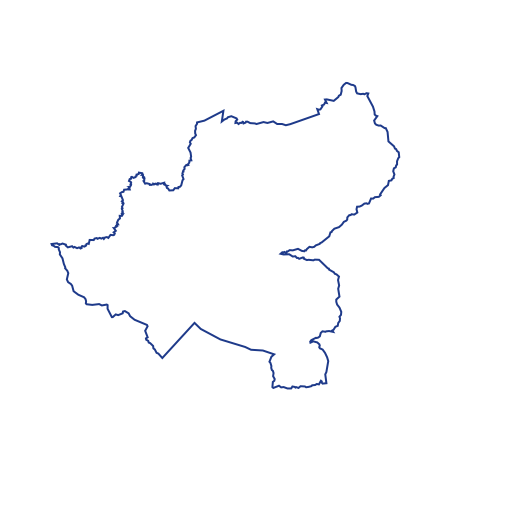 outline of Bibiani-anhwiaso-bekwai Municipal, Western, Ghana, rotated 61°
{"feature_id": "2480657B81329004729189", "entity_name": "Bibiani-anhwiaso-bekwai Municipal", "entity_type": "district", "adm_level": 2, "iso_a3": "GHA", "parent_name": "Ghana", "parent_adm1": "Western", "projection": "orthographic", "projection_center": [-2.296, 6.295], "detail": "fine", "context": "isolated", "style": "outline", "palette": "blue", "viewbox_px": 512, "rotation_deg": 61, "n_neighbors": 0, "source": "geoboundaries", "source_scale": "gbopen_adm2", "svg_char_len": 6082}
<svg xmlns="http://www.w3.org/2000/svg" viewBox="0 0 512 512"><g transform="rotate(61 256 256)"><path d="M276.0,392.6L277.9,391.4L279.7,391.8L280.9,390.8L284.8,389.6L287.1,390.5L288.7,389.8L292.5,389.9L294.0,388.7L299.8,387.4L284.7,342.2L293.0,339.7L311.7,327.6L330.3,309.6L335.6,305.8L342.0,295.8L350.8,287.8L351.6,291.4L355.0,295.5L356.5,295.2L359.7,295.9L361.2,296.9L363.4,297.4L364.7,296.9L366.9,297.4L369.4,299.3L372.7,299.3L374.0,300.5L374.3,302.3L378.6,305.2L379.8,304.8L380.6,298.8L383.1,297.7L384.0,295.4L387.1,292.7L388.9,289.4L387.8,287.4L389.2,285.7L390.2,285.3L390.1,284.5L392.0,282.8L391.5,280.2L393.8,276.5L395.1,275.8L396.0,273.4L396.7,270.6L396.3,269.6L397.5,266.8L397.4,264.9L398.8,263.2L396.6,259.7L397.6,259.3L398.6,259.9L399.9,259.6L401.4,256.1L393.1,252.8L391.6,250.7L383.0,243.8L379.1,242.9L374.2,242.6L370.1,243.1L367.7,244.9L366.4,244.9L365.3,243.7L364.0,243.4L361.3,244.3L358.4,247.3L358.2,250.4L357.2,250.1L356.4,248.4L356.6,243.2L357.1,242.8L357.5,241.1L357.2,239.1L354.7,236.7L354.1,234.4L356.0,231.9L355.9,231.2L357.1,228.4L359.8,225.3L358.1,225.4L358.1,223.9L356.4,220.9L356.7,218.4L354.4,216.5L353.4,214.2L351.2,212.7L349.6,212.5L348.7,210.2L346.2,208.5L341.6,208.0L337.8,208.6L335.0,208.0L333.0,206.9L332.0,202.7L324.5,200.0L322.1,197.6L316.8,195.9L314.2,193.4L311.1,194.5L309.7,195.7L308.0,195.8L303.3,198.7L302.4,198.4L301.5,199.2L289.9,202.7L287.7,206.3L287.6,207.9L284.9,211.7L284.2,213.5L281.5,215.5L280.6,215.0L280.0,215.6L279.4,219.6L278.0,220.2L277.5,221.2L275.3,221.7L274.3,224.1L270.6,226.1L268.0,231.2L266.0,233.4L265.5,231.2L266.1,230.8L266.2,229.2L268.2,228.0L267.0,226.8L267.4,226.1L267.2,223.7L268.9,221.1L270.1,215.8L273.8,213.4L275.3,211.4L274.8,210.3L275.4,209.6L274.6,208.1L273.9,204.8L275.7,202.6L276.2,200.6L275.7,198.6L276.3,194.4L275.8,193.6L276.0,192.1L274.3,182.4L271.4,179.4L271.7,178.3L271.0,177.4L270.1,174.2L271.0,169.4L270.2,165.7L268.7,162.6L268.9,159.9L268.4,158.6L266.5,157.4L265.5,154.6L266.1,153.4L265.8,152.2L267.4,150.0L267.1,146.3L263.8,145.4L261.9,143.7L263.0,141.4L263.2,139.1L262.7,135.8L263.5,133.8L264.4,133.3L264.8,131.7L261.5,127.5L262.6,125.7L262.2,123.5L263.8,119.9L263.3,117.5L262.3,117.6L258.8,110.7L258.0,106.2L254.7,103.4L255.5,100.9L254.5,99.3L254.6,97.8L253.3,97.2L251.8,95.4L248.4,94.9L246.2,92.9L246.2,90.8L244.7,89.5L244.4,88.3L241.5,86.7L239.4,84.1L239.0,82.8L234.5,80.9L232.3,81.8L230.5,81.6L229.4,82.4L227.0,82.1L220.0,84.6L211.3,80.8L207.1,80.5L206.5,81.5L202.3,83.7L201.5,85.4L199.5,87.2L197.7,87.7L194.8,87.0L192.5,82.1L191.2,83.2L189.8,83.6L187.0,82.3L182.1,81.3L170.1,81.1L168.3,79.0L167.2,80.4L167.1,82.8L166.1,83.6L165.2,86.0L162.8,88.7L160.8,88.7L156.6,87.2L155.2,87.1L153.5,88.2L152.5,89.6L149.1,92.1L148.3,93.3L148.8,96.3L150.5,99.8L153.2,101.1L156.0,103.7L156.0,105.8L156.9,107.0L158.0,112.8L153.3,118.2L152.6,119.8L156.4,120.0L155.3,121.3L156.5,123.0L156.3,125.4L157.4,125.4L159.0,128.6L158.5,130.1L157.3,131.2L162.4,132.1L157.3,162.1L156.1,166.5L153.2,169.2L150.8,173.5L146.6,175.7L145.2,181.5L142.5,184.5L140.8,191.6L139.5,192.7L137.0,196.6L134.4,198.3L133.7,199.6L134.3,200.5L134.0,202.6L132.6,202.3L132.1,202.7L132.6,204.1L131.8,205.4L132.1,207.3L130.3,207.8L129.7,209.5L128.3,208.5L127.6,206.3L126.2,206.3L121.8,209.8L121.0,213.3L121.6,214.6L121.3,217.6L121.8,220.7L113.2,214.1L112.6,235.5L110.6,242.8L111.8,243.5L113.1,245.9L115.6,246.9L117.0,248.6L119.4,249.8L121.2,249.9L122.4,252.5L122.1,254.3L123.3,256.1L123.4,257.4L124.5,258.7L126.2,258.7L128.6,262.9L133.8,263.1L137.7,264.6L138.6,265.7L141.0,266.2L140.3,268.0L142.0,269.1L142.8,271.1L143.6,271.1L143.3,272.3L142.6,272.8L143.6,275.6L145.2,276.2L146.0,278.2L147.0,278.5L146.9,279.1L148.2,280.4L149.3,280.4L149.7,281.5L153.6,282.1L154.1,283.5L158.0,287.2L158.6,289.0L158.1,290.4L159.1,291.2L157.3,294.1L158.4,296.5L156.7,300.0L154.3,300.2L153.3,300.9L151.6,300.6L151.5,299.7L150.9,300.5L149.2,300.7L149.4,301.3L148.8,301.7L147.4,300.8L146.6,304.4L145.1,306.0L145.8,307.1L144.7,307.2L145.0,308.4L143.9,309.0L143.9,310.1L143.1,310.7L143.7,311.0L143.1,311.8L143.2,312.8L142.3,314.4L141.5,314.1L139.4,316.3L139.0,317.9L136.0,318.0L136.1,317.4L134.6,316.4L133.7,316.6L133.9,315.9L132.9,315.6L132.0,316.6L130.5,315.6L129.8,316.5L129.5,315.5L128.5,315.3L126.3,318.0L127.4,318.9L126.9,321.0L127.9,321.4L128.0,322.7L128.6,323.1L128.3,325.2L126.6,326.2L126.5,326.9L127.8,327.8L127.5,329.2L128.8,330.7L130.5,329.6L131.5,329.7L132.5,331.0L133.1,330.7L133.6,331.2L134.2,332.4L134.0,333.3L135.0,332.5L134.4,333.9L136.6,334.2L136.2,335.0L135.3,335.2L135.4,336.3L134.1,339.2L135.6,340.8L135.1,342.4L135.3,344.5L137.2,344.6L137.8,345.7L138.6,344.8L142.6,345.3L143.1,346.6L143.6,346.2L144.8,347.1L145.1,346.3L145.9,346.4L148.1,349.5L149.5,349.6L149.7,350.5L152.2,350.8L152.5,351.5L153.5,351.5L153.8,352.9L155.1,353.1L155.2,352.6L155.9,353.8L154.8,355.7L157.2,356.8L157.5,358.8L159.3,361.3L161.5,361.3L161.0,362.4L162.4,362.8L162.0,363.8L162.7,364.0L162.6,365.4L163.1,366.1L162.7,366.8L166.0,366.4L166.3,369.0L167.8,368.6L168.7,369.7L168.6,370.8L167.0,373.0L168.6,376.4L167.2,377.2L166.9,378.0L166.6,379.2L167.3,380.8L165.9,381.0L165.8,382.8L164.4,383.9L164.1,386.3L163.1,386.6L162.5,388.8L163.4,390.2L161.3,393.7L164.3,396.4L163.5,397.1L163.4,398.5L164.4,399.5L164.1,400.1L164.6,400.5L164.6,401.5L163.0,403.2L163.5,404.5L164.4,404.6L164.4,405.8L162.7,406.6L162.4,408.7L160.1,410.3L160.1,411.6L158.3,412.1L157.2,416.4L154.6,417.3L153.9,416.8L151.3,419.2L151.1,421.3L150.4,422.1L150.8,422.7L148.5,423.8L146.4,429.0L147.7,429.2L149.0,428.0L150.6,427.3L152.2,424.9L153.5,424.6L154.6,425.3L157.7,425.6L159.5,426.8L164.2,426.4L169.8,427.9L173.5,428.3L174.2,428.9L177.4,428.2L180.0,428.5L184.8,432.8L187.8,433.0L190.7,431.5L192.8,431.2L198.4,432.6L203.7,430.2L208.7,426.4L211.0,426.0L213.1,426.5L215.0,427.8L216.1,427.5L219.4,422.9L222.0,416.5L224.5,414.8L226.1,410.1L227.0,409.6L230.2,411.4L239.6,411.7L240.0,410.9L239.1,407.0L240.9,405.2L241.5,400.4L240.1,399.2L240.6,397.4L244.4,395.2L247.6,395.3L252.9,393.1L263.4,384.8L264.9,384.9L267.7,389.2L274.6,390.2L274.7,392.2L276.0,392.6Z" fill="none" stroke="#1e3a8a" stroke-width="2"/></g></svg>